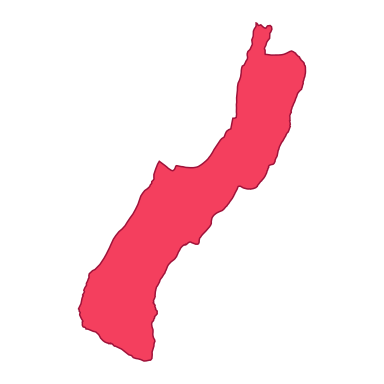 Parklai, Xaignabouri, Laos
{"feature_id": "54806243B45153092091690", "entity_name": "Parklai", "entity_type": "district", "adm_level": 2, "iso_a3": "LAO", "parent_name": "Laos", "parent_adm1": "Xaignabouri", "projection": "albers", "projection_center": [101.569, 18.46], "detail": "fine", "context": "isolated", "style": "filled", "palette": "rose", "viewbox_px": 384, "rotation_deg": 0, "n_neighbors": 0, "source": "geoboundaries", "source_scale": "gbopen_adm2", "svg_char_len": 5934}
<svg xmlns="http://www.w3.org/2000/svg" viewBox="0 0 384 384"><path d="M157.2,313.8L157.1,312.1L157.2,311.1L155.5,309.3L155.7,308.5L155.0,306.8L154.8,306.4L155.1,305.4L154.5,304.4L154.3,304.1L154.0,304.0L153.7,303.2L153.3,302.9L153.6,302.7L153.7,302.4L153.7,301.8L153.6,301.6L153.6,300.9L153.5,300.4L154.6,298.1L155.2,296.2L155.0,295.5L155.1,294.8L155.4,291.5L155.7,290.5L155.7,290.0L156.5,287.0L157.3,286.0L158.0,284.8L159.6,281.7L159.9,280.4L160.7,278.9L162.0,277.3L163.7,274.5L164.8,273.1L165.4,271.3L166.1,270.0L167.5,266.3L168.5,264.6L171.0,261.9L174.1,259.5L175.2,258.4L175.7,257.5L176.5,256.7L176.7,256.0L177.7,253.9L178.3,252.3L179.6,250.2L180.6,248.1L182.1,246.4L183.8,245.0L184.5,244.8L184.9,245.1L185.2,244.9L185.3,244.5L185.5,244.3L185.8,244.2L186.1,244.6L187.3,243.7L187.5,243.4L187.8,243.2L188.5,242.6L189.5,242.1L190.5,242.0L191.0,242.2L191.8,242.7L194.8,243.8L195.4,244.1L197.4,244.2L197.7,244.1L198.4,243.8L198.6,243.5L199.2,241.9L199.1,241.0L199.5,238.7L199.8,238.0L200.1,237.6L200.4,237.4L201.5,235.7L202.6,234.4L206.0,230.9L209.6,226.7L210.7,225.0L211.3,223.5L211.3,221.3L211.8,218.7L212.2,217.5L213.3,215.9L214.1,215.0L215.8,213.6L217.2,212.7L219.3,211.7L222.2,210.5L223.7,209.3L225.8,206.8L226.9,205.9L227.6,204.7L228.5,203.7L229.3,202.6L229.9,201.5L230.8,200.5L231.3,199.6L232.2,198.6L232.8,197.4L233.4,196.5L234.2,194.7L234.6,194.1L234.9,193.3L236.3,190.7L237.3,188.8L237.8,187.2L238.3,186.4L239.3,186.2L240.6,186.3L242.4,187.4L243.4,187.9L244.0,188.1L247.1,188.9L247.7,188.9L248.2,189.0L249.4,188.9L250.3,189.1L253.2,188.6L255.7,187.7L256.3,187.2L256.8,186.7L257.3,186.4L257.3,186.0L257.7,185.3L259.8,182.6L260.6,181.5L261.5,180.9L262.4,179.6L263.4,178.6L264.9,176.4L266.6,172.9L267.1,170.9L267.7,169.8L267.9,168.6L268.6,167.6L268.7,167.2L268.5,166.6L269.2,165.4L270.1,165.0L271.3,164.6L272.5,164.4L273.3,164.1L274.1,163.3L274.9,161.7L275.1,161.1L275.1,160.1L275.3,159.7L275.9,158.2L276.8,156.7L277.2,155.6L278.2,150.3L278.7,149.6L278.7,149.3L279.1,147.9L279.4,146.8L281.3,143.0L282.0,141.9L282.8,140.9L284.6,137.6L285.9,135.6L285.8,135.2L286.9,133.3L287.7,132.3L288.2,132.0L288.2,131.8L288.7,130.8L289.9,127.3L290.3,126.4L289.9,125.8L289.9,125.2L290.1,124.5L290.3,124.3L289.9,122.0L289.6,120.9L289.8,120.8L290.1,120.3L289.9,119.9L289.9,118.4L289.9,116.7L289.7,116.1L289.7,115.6L290.2,114.6L290.3,113.9L290.6,113.5L291.3,112.3L291.3,112.0L291.1,111.4L291.1,110.7L291.9,108.3L292.2,106.8L292.6,106.4L292.9,105.4L293.3,104.8L293.4,104.6L293.4,104.0L294.4,102.3L294.6,101.6L294.9,101.0L295.1,100.4L295.3,99.9L295.6,98.7L296.5,96.8L297.7,93.1L298.3,92.7L298.6,92.2L298.9,91.6L299.4,91.2L300.3,90.2L301.5,89.3L301.9,87.7L302.2,87.2L302.5,85.5L303.2,83.6L303.1,81.7L303.6,80.6L304.2,78.0L304.7,76.9L305.0,75.6L305.0,74.9L305.4,73.3L305.5,71.4L305.4,67.2L305.3,66.7L305.2,65.9L304.8,65.6L304.3,64.4L304.1,63.9L304.2,63.3L303.4,62.1L302.8,61.7L302.2,61.0L300.9,59.8L300.7,59.1L300.1,58.7L299.7,57.5L299.4,57.0L299.0,56.6L298.5,56.6L297.2,55.2L296.4,54.6L296.1,54.3L295.9,53.6L295.5,53.1L294.8,52.8L293.4,51.8L291.6,51.0L289.9,51.5L286.8,53.1L284.2,54.2L282.9,54.5L281.4,54.8L278.7,55.0L271.3,55.1L266.3,54.4L265.3,54.4L265.1,53.5L265.1,50.1L264.4,48.9L264.7,47.5L265.8,45.5L266.7,42.3L267.8,40.6L269.6,38.4L269.8,34.7L269.7,33.5L270.8,31.9L271.9,29.2L271.5,26.7L270.1,25.5L267.5,25.9L265.8,28.2L264.2,27.8L262.8,26.7L260.8,24.8L259.9,25.2L258.4,25.5L257.9,25.0L257.7,24.3L257.0,23.5L256.7,23.2L256.1,23.0L256.1,26.0L255.6,27.1L254.5,28.6L253.4,31.1L253.2,36.3L251.8,40.0L252.4,44.2L250.0,49.5L247.9,51.5L247.2,53.7L247.2,55.1L247.6,57.3L247.3,59.2L246.0,61.1L245.2,63.0L244.0,65.2L242.3,66.1L241.7,67.9L241.3,70.3L241.2,72.8L240.6,76.9L239.5,80.2L238.1,83.2L237.5,86.8L237.4,90.4L236.6,97.8L236.7,102.2L236.4,104.5L236.5,107.8L236.4,112.1L236.6,114.2L236.2,117.5L234.5,118.2L232.9,118.2L232.5,120.0L230.8,128.9L228.7,129.7L226.6,131.3L225.5,133.4L224.2,137.0L221.8,138.6L220.4,140.1L214.1,149.5L212.6,152.3L210.3,155.9L209.6,156.7L208.0,158.9L206.1,160.8L203.4,163.1L201.3,164.7L198.4,166.5L197.1,167.0L195.3,167.4L193.1,167.7L190.3,167.7L185.8,167.4L182.7,166.7L181.3,166.6L177.4,165.8L176.4,165.7L175.7,166.3L175.4,167.4L174.5,169.4L173.3,170.5L172.4,170.7L171.0,170.2L168.2,168.3L166.8,167.0L164.8,165.4L159.3,161.3L157.6,164.2L155.6,169.3L153.9,174.5L153.9,177.4L154.0,179.0L153.1,180.3L151.8,181.5L151.7,182.1L151.7,183.4L151.4,183.8L150.7,184.4L150.2,185.2L149.8,186.3L149.5,186.8L148.2,187.9L148.0,188.3L144.7,190.6L142.6,193.3L140.8,196.1L138.0,204.3L135.5,209.4L132.9,214.1L130.1,217.9L127.3,222.1L125.1,225.7L122.1,229.0L118.9,231.7L115.8,235.6L113.4,239.2L110.7,245.1L109.6,247.6L106.2,254.4L104.0,258.3L99.9,264.5L95.0,269.5L92.5,270.7L89.3,273.7L88.9,275.4L89.0,277.8L88.5,278.4L87.4,281.4L86.5,283.1L86.3,284.0L86.5,284.6L86.5,285.2L85.0,287.5L84.1,289.5L83.8,290.4L84.2,291.1L84.4,291.4L84.4,291.9L83.9,292.9L82.7,294.8L82.6,295.0L83.1,295.6L83.1,295.8L82.4,297.3L82.0,298.6L81.0,303.7L78.5,308.9L79.1,309.5L79.2,310.8L79.3,311.4L80.2,312.4L80.2,312.7L79.7,314.2L79.7,314.9L81.3,318.5L82.8,320.9L82.8,321.5L82.3,321.8L82.2,322.0L82.4,323.0L82.3,324.3L82.4,325.5L83.1,326.8L83.8,327.1L84.8,327.2L85.6,328.0L86.1,328.6L86.1,329.0L87.1,329.0L88.4,329.3L93.2,331.3L95.7,331.9L98.7,334.6L99.7,336.3L100.6,338.1L103.0,340.6L104.9,342.0L107.3,343.0L107.4,342.9L108.2,343.1L109.0,343.8L110.2,343.1L110.5,343.2L110.4,343.5L110.6,343.8L110.9,343.8L111.3,343.5L111.9,343.7L112.0,343.9L113.0,344.5L113.3,345.1L114.4,346.1L115.3,346.1L121.6,349.1L126.4,352.9L128.8,354.8L131.5,355.5L133.3,357.6L136.0,358.5L138.1,358.8L140.9,359.6L143.9,361.0L146.0,360.9L149.8,360.1L150.6,360.1L151.9,358.5L152.2,354.8L152.1,352.0L153.5,347.4L153.9,346.1L154.0,344.0L154.4,342.4L154.9,341.6L154.7,340.0L153.6,338.0L153.0,336.0L152.8,334.1L153.0,332.2L153.0,329.8L152.0,326.8L151.6,324.1L152.0,322.3L153.5,320.6L153.9,318.9L154.6,317.9L154.6,316.5L155.3,316.0L157.2,313.8Z" fill="#f43f5e" stroke="#9f1239" stroke-width="1.5"/></svg>